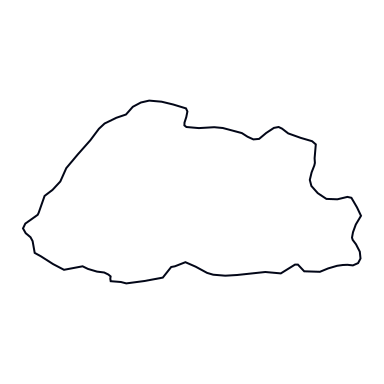 map outline of Bhutan (orthographic projection)
{"feature_id": "BTN", "entity_name": "Bhutan", "entity_type": "country or territory", "adm_level": 0, "iso_a3": "BTN", "parent_name": "Asia", "parent_adm1": "", "projection": "orthographic", "projection_center": [90.584, 27.506], "detail": "fine", "context": "isolated", "style": "outline", "palette": "ink", "viewbox_px": 384, "rotation_deg": 0, "n_neighbors": 0, "source": "natural_earth", "source_scale": "50m", "svg_char_len": 1306}
<svg xmlns="http://www.w3.org/2000/svg" viewBox="0 0 384 384"><path d="M314.9,162.9L314.3,165.5L311.6,172.4L309.8,179.9L311.4,186.0L317.8,193.2L326.4,198.9L337.4,199.3L347.4,196.9L351.4,197.8L357.0,207.4L361.0,215.8L355.8,224.5L353.0,232.2L352.0,237.6L352.7,239.9L356.0,244.3L359.8,251.7L360.5,258.5L358.1,263.1L352.9,265.4L347.4,264.8L342.8,265.0L337.1,265.8L328.2,268.4L319.9,271.8L304.2,271.3L297.9,264.6L295.0,264.6L280.8,273.4L265.3,272.0L237.1,275.0L225.3,275.7L213.2,274.7L207.1,272.9L195.7,266.7L185.4,262.2L174.9,266.3L171.2,267.0L162.8,277.6L144.5,281.0L126.3,283.4L120.9,282.0L110.7,281.2L110.3,278.8L110.6,276.4L108.3,274.5L104.2,272.5L97.0,271.6L87.9,268.9L82.6,266.3L64.0,269.8L53.1,264.1L40.9,256.3L34.7,252.9L32.6,241.1L30.5,237.2L25.7,233.2L23.0,228.4L25.3,223.6L37.7,214.8L38.7,212.7L44.6,195.9L52.5,189.9L60.3,181.5L66.3,168.1L77.8,154.4L90.3,140.3L98.9,128.8L104.6,123.5L116.3,117.8L126.0,114.5L132.8,106.8L140.9,102.5L149.2,100.6L161.6,101.7L173.2,104.5L186.0,108.4L187.4,111.5L186.3,117.0L184.5,122.6L184.4,125.4L186.4,127.0L198.9,128.1L214.2,127.2L222.8,128.0L241.9,133.1L247.5,136.7L253.4,139.4L259.1,138.9L266.3,132.9L273.9,127.9L278.6,127.0L282.0,128.6L288.2,133.4L300.8,137.9L312.1,141.2L315.8,144.4L314.6,158.3L314.9,162.9Z" fill="none" stroke="#020617" stroke-width="2"/></svg>